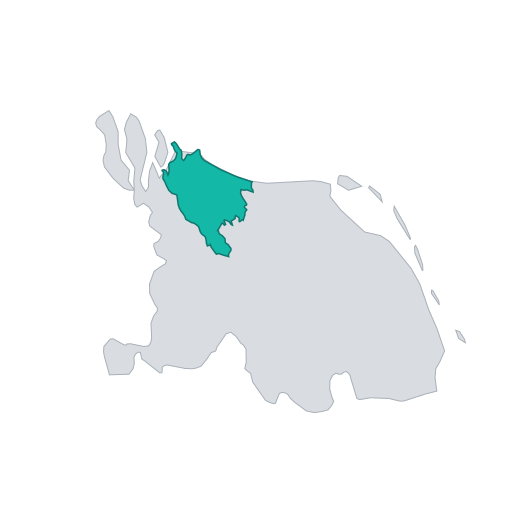 where Zuid-Holland sits in Netherlands, rotated 73°
{"feature_id": "NLD-3485", "entity_name": "Zuid-Holland", "entity_type": "Province", "adm_level": 1, "iso_a3": "NLD", "parent_name": "Netherlands", "parent_adm1": "", "projection": "natural_earth1", "projection_center": [4.558, 51.987], "detail": "fine", "context": "in_parent", "style": "filled", "palette": "teal", "viewbox_px": 512, "rotation_deg": 73, "n_neighbors": 0, "source": "natural_earth", "source_scale": "10m", "svg_char_len": 5144}
<svg xmlns="http://www.w3.org/2000/svg" viewBox="0 0 512 512"><g transform="rotate(73 256 256)"><path d="M326.8,430.9L317.1,430.6L307.9,430.4L303.1,429.8L298.0,427.9L295.6,424.1L292.8,419.5L293.5,416.7L302.0,408.6L303.3,406.4L302.4,405.2L303.2,401.7L309.7,389.8L310.5,385.0L307.6,381.6L303.3,379.6L289.6,376.1L283.0,371.1L280.0,366.7L276.9,365.5L272.5,366.9L261.1,368.6L251.9,366.2L240.9,358.0L238.4,350.6L237.0,344.9L234.3,343.0L230.7,345.9L226.0,350.5L216.9,351.0L214.3,349.9L213.8,347.4L213.3,345.0L210.8,342.0L208.0,340.3L196.4,348.8L192.1,348.7L186.7,345.5L184.0,342.3L178.0,344.1L172.7,348.1L174.5,355.4L171.6,356.8L165.0,356.1L157.5,353.1L149.2,351.2L136.6,346.1L118.9,350.3L106.7,345.3L96.5,344.8L90.2,340.9L83.4,334.2L88.3,329.8L93.0,328.3L111.6,327.5L125.1,330.1L149.4,344.6L155.6,344.5L162.1,342.7L158.8,338.7L152.7,336.9L143.7,333.0L136.5,327.5L153.4,325.7L151.1,322.9L148.9,318.1L131.0,301.3L134.1,296.8L138.6,287.0L144.2,278.9L148.7,276.8L156.0,271.0L171.9,254.3L182.1,240.6L189.6,224.4L200.6,179.8L203.8,172.2L209.1,163.9L215.8,165.4L220.4,167.9L236.8,161.5L264.8,145.1L273.0,130.8L281.1,124.2L313.2,111.3L330.9,107.5L358.4,106.5L378.1,104.2L401.9,103.4L411.1,111.3L416.4,117.1L424.9,120.4L438.1,122.6L437.5,134.1L437.9,156.8L436.9,160.8L431.2,170.4L425.1,187.7L423.6,199.0L421.7,201.2L396.6,201.1L393.1,203.1L392.6,205.5L393.9,208.5L393.3,211.4L391.4,213.7L392.5,217.5L396.9,221.8L404.9,224.4L413.4,224.7L417.7,224.2L420.9,227.2L424.2,232.0L424.0,237.9L422.9,245.8L418.9,253.2L407.4,261.7L402.3,264.7L397.4,266.2L395.1,268.5L394.0,271.3L394.3,273.8L402.6,280.6L402.4,282.2L400.1,285.7L396.9,289.1L375.7,296.0L366.9,295.5L361.9,298.9L360.3,299.6L354.7,296.4L342.2,292.8L337.6,294.0L335.0,296.0L327.2,298.5L321.6,302.3L321.6,307.2L331.6,319.9L335.1,322.4L335.3,327.1L340.2,333.1L345.2,340.6L345.7,345.3L345.2,350.1L342.7,356.9L334.2,372.9L334.1,376.0L334.9,378.3L337.8,379.0L340.1,380.2L339.5,382.3L323.4,393.4L321.3,395.3L314.5,394.8L313.5,396.7L314.4,399.6L317.1,402.3L322.9,403.7L327.8,406.5L331.9,412.0L326.8,430.9ZM157.5,353.1L156.1,357.7L152.4,362.8L139.7,370.1L126.5,374.9L119.7,374.3L115.1,371.8L112.6,369.2L105.5,366.6L95.8,365.3L89.8,368.1L85.4,370.7L81.7,370.3L78.9,368.1L76.7,364.7L73.9,354.1L81.1,352.2L96.8,351.5L108.9,355.2L124.8,357.0L137.0,351.9L146.6,356.2L157.5,353.1ZM131.2,310.0L140.5,316.6L142.5,318.8L143.2,321.0L131.3,323.7L118.8,315.5L110.5,317.5L107.4,313.6L107.3,311.2L116.0,309.1L131.2,310.0ZM220.2,148.2L210.8,156.8L205.1,154.4L203.5,152.4L206.4,145.7L220.2,134.5L220.2,148.2ZM261.6,110.1L252.8,111.0L248.8,109.3L270.0,104.5L283.3,103.1L285.7,103.7L261.6,110.1ZM318.4,101.2L299.8,103.2L293.5,101.7L292.5,100.3L297.5,99.5L313.4,99.3L318.3,100.5L318.4,101.2ZM241.1,119.5L223.7,128.3L222.2,126.9L233.4,119.2L241.1,119.5ZM394.1,86.3L385.4,86.7L387.8,83.5L395.9,81.1L400.2,81.1L394.1,86.3ZM356.4,95.0L343.2,99.1L340.0,98.2L340.8,97.0L352.4,94.4L356.4,95.0Z" fill="#d9dde1" stroke="#a8b0b8" stroke-width="1"/><path d="M146.6,321.3L146.5,320.8L146.5,319.4L146.8,318.4L148.0,317.3L149.7,316.7L152.9,316.5L151.9,315.7L149.5,314.3L142.9,312.7L141.5,311.1L140.9,307.1L139.3,304.5L137.0,302.9L134.3,301.4L132.5,302.5L130.1,303.0L127.6,303.0L125.8,303.5L125.4,304.0L124.8,304.1L123.8,304.0L123.0,300.6L125.7,299.2L131.7,297.7L132.5,296.8L134.4,296.7L137.6,297.3L140.2,298.4L140.6,298.5L141.3,298.4L142.3,298.1L143.5,297.3L142.8,296.2L140.3,293.5L139.7,293.1L139.2,292.6L138.9,291.8L139.1,290.9L139.6,290.2L140.0,289.7L140.2,289.4L139.9,287.5L138.1,282.7L137.1,280.6L137.6,279.7L138.3,278.9L142.7,279.7L146.4,279.2L149.6,277.5L163.2,264.5L174.8,251.0L184.5,237.3L183.6,238.5L187.8,240.0L188.3,240.2L190.0,240.5L192.0,239.7L194.1,240.1L190.1,245.3L190.0,245.6L189.9,246.1L189.8,247.3L189.3,248.9L188.1,250.5L188.3,251.4L189.3,251.3L190.3,252.0L190.7,252.2L191.4,252.3L193.7,252.3L197.8,251.4L199.8,250.7L203.7,249.7L204.1,249.9L204.4,250.1L204.8,251.9L205.1,252.5L206.1,252.9L209.1,251.3L210.4,253.0L210.8,253.5L211.4,254.0L213.5,254.6L218.1,257.8L217.3,258.3L217.7,259.7L218.3,261.0L218.4,261.4L218.4,261.7L218.2,261.9L217.8,262.0L216.2,261.4L215.8,261.3L215.4,261.2L215.1,261.0L214.6,261.1L214.2,261.2L211.9,263.1L211.3,263.7L212.6,264.6L214.1,265.0L215.3,269.5L219.6,269.5L218.9,270.4L215.2,271.8L212.1,275.5L212.6,276.2L216.9,275.8L217.3,277.2L216.1,277.8L215.4,278.1L214.8,278.2L214.5,278.6L215.4,279.8L218.4,282.9L220.5,285.4L221.2,284.6L223.3,284.7L224.3,284.4L226.9,282.2L230.0,280.8L230.2,280.6L234.1,281.4L235.1,281.0L236.5,279.6L237.3,279.1L239.5,278.6L240.3,278.1L241.2,277.8L242.5,278.0L243.7,278.7L245.0,280.5L245.9,281.4L247.7,282.2L248.6,282.3L246.2,286.1L245.8,286.7L242.5,291.4L242.6,292.1L242.8,292.7L242.8,293.0L242.7,293.3L241.7,293.8L234.4,296.3L231.7,296.4L232.3,297.1L232.3,297.4L232.0,298.3L232.2,299.5L229.9,299.7L225.1,298.9L222.6,299.0L218.9,301.6L216.6,302.2L211.3,302.3L208.6,303.9L206.5,305.7L205.2,307.9L200.4,312.4L197.4,312.5L195.2,313.0L191.3,314.5L187.9,315.3L184.3,315.4L174.4,313.8L171.5,318.0L167.8,320.1L162.7,321.1L158.8,321.4L154.9,322.4L152.6,321.7L150.6,320.5L148.5,319.9L146.9,321.0L146.6,321.2L146.6,321.3Z" fill="#14b8a6" stroke="#0f766e" stroke-width="1.5"/></g></svg>